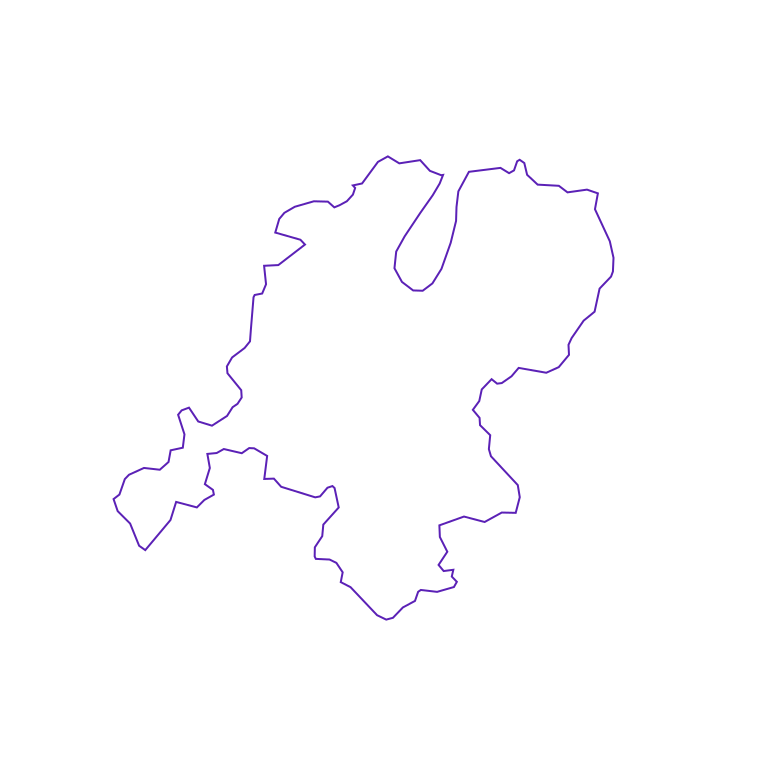 Staffordshire, orthographic projection, rotated 43°
{"feature_id": "GBR-2777", "entity_name": "Staffordshire", "entity_type": "Administrative County", "adm_level": 1, "iso_a3": "GBR", "parent_name": "United Kingdom", "parent_adm1": "", "projection": "orthographic", "projection_center": [-2.054, 52.818], "detail": "fine", "context": "isolated", "style": "outline", "palette": "violet", "viewbox_px": 768, "rotation_deg": 43, "n_neighbors": 0, "source": "natural_earth", "source_scale": "10m", "svg_char_len": 2216}
<svg xmlns="http://www.w3.org/2000/svg" viewBox="0 0 768 768"><g transform="rotate(43 384 384)"><path d="M248.9,434.2L229.4,409.5L228.7,407.1L233.2,400.9L229.7,391.5L217.5,380.9L215.7,379.3L225.6,369.1L231.1,335.9L224.5,335.5L201.2,347.4L194.8,334.7L194.4,326.7L197.9,315.2L208.1,298.2L218.6,288.9L227.2,288.7L229.5,283.7L232.2,275.7L232.1,266.7L229.2,260.3L225.8,260.0L231.2,252.3L228.1,225.7L231.6,214.9L244.7,212.2L257.8,195.6L272.2,196.8L283.4,192.3L284.6,190.8L288.0,199.4L290.9,212.7L293.8,233.8L298.4,261.9L302.6,278.8L312.7,292.2L327.5,297.1L341.5,295.7L348.7,289.4L350.8,277.4L347.5,260.6L336.5,235.3L325.5,215.6L316.3,205.1L307.0,192.4L301.4,170.9L321.8,146.5L331.7,144.5L333.4,139.1L329.5,130.3L330.3,127.5L335.9,126.7L346.0,133.4L360.4,133.4L376.7,119.8L387.5,118.7L399.9,103.4L410.4,98.7L419.1,112.3L451.8,125.6L465.8,135.2L474.7,145.6L476.8,150.6L476.6,167.2L488.7,187.5L486.8,201.5L489.9,222.5L492.2,229.5L499.4,236.5L500.3,252.5L495.0,265.1L471.5,280.4L472.0,291.4L469.5,303.0L466.5,306.6L459.4,307.1L459.2,321.3L465.3,331.5L466.6,342.3L477.0,343.6L482.3,348.6L496.6,349.0L505.1,360.1L511.5,363.9L550.8,366.7L560.5,374.2L568.2,388.4L557.8,397.7L551.7,416.3L532.9,426.4L520.9,449.6L529.2,457.8L544.7,463.5L547.3,479.1L555.2,480.1L561.4,472.6L564.9,478.6L572.2,479.0L573.6,484.8L564.6,499.8L551.4,509.5L550.7,512.7L554.6,521.5L550.2,534.5L550.0,548.9L546.3,554.8L536.6,557.8L498.1,555.4L487.5,558.4L482.2,549.9L471.2,547.3L463.9,549.5L453.4,558.4L450.9,557.4L444.8,550.6L442.6,537.4L435.5,528.2L435.1,505.2L418.8,493.8L415.9,493.8L413.4,498.4L413.9,509.8L411.0,513.8L378.9,529.3L368.0,528.3L361.2,535.1L347.6,516.3L332.9,519.6L329.1,522.8L327.2,531.6L311.2,540.8L308.7,548.6L302.5,555.6L313.9,564.2L321.3,579.4L331.1,578.1L335.0,580.9L331.7,591.3L331.3,601.9L312.4,612.0L320.6,629.1L322.7,668.3L315.2,669.3L293.5,659.2L275.9,658.6L264.7,652.6L265.9,645.3L259.3,630.3L259.4,624.3L265.7,609.1L278.5,599.6L279.6,588.0L273.2,578.0L280.3,567.8L272.4,556.9L254.4,546.9L254.0,541.3L257.5,534.3L273.7,538.1L286.6,531.8L291.0,514.4L289.1,504.2L290.4,498.4L289.1,490.9L283.8,485.9L262.2,482.9L257.1,478.3L254.8,468.2L257.5,452.7L256.9,444.2L248.9,434.2Z" fill="none" stroke="#5b21b6" stroke-width="2"/></g></svg>